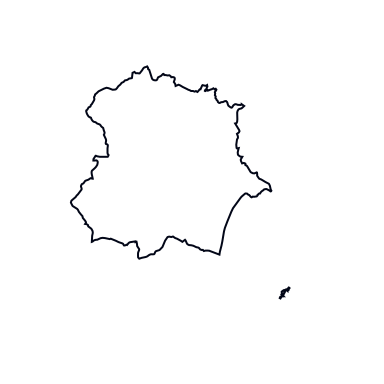 Cam Lam, Khánh Hòa, Vietnam (Albers equal-area conic projection), rotated 37°
{"feature_id": "81297802B15274858883665", "entity_name": "Cam Lam", "entity_type": "district", "adm_level": 2, "iso_a3": "VNM", "parent_name": "Vietnam", "parent_adm1": "Khánh Hòa", "projection": "albers", "projection_center": [109.135, 12.074], "detail": "fine", "context": "isolated", "style": "outline", "palette": "ink", "viewbox_px": 384, "rotation_deg": 37, "n_neighbors": 0, "source": "geoboundaries", "source_scale": "gbopen_adm2", "svg_char_len": 5996}
<svg xmlns="http://www.w3.org/2000/svg" viewBox="0 0 384 384"><g transform="rotate(37 192 192)"><path d="M254.6,143.2L253.3,142.6L250.5,140.2L248.8,139.3L248.3,139.2L244.8,139.8L240.8,140.2L239.4,140.4L238.2,140.8L237.5,140.9L234.5,139.9L233.9,139.4L233.3,138.5L232.2,137.4L231.9,137.4L230.6,139.6L229.3,140.4L227.8,140.7L227.0,140.8L226.3,140.6L220.5,138.2L219.6,138.1L218.5,138.4L218.2,138.2L217.8,137.4L217.5,137.2L215.9,137.6L214.8,139.0L212.5,137.8L211.7,137.1L211.4,136.7L211.0,133.6L209.4,134.6L208.2,134.7L206.8,134.7L206.1,134.4L204.7,132.9L203.7,130.8L202.9,128.8L201.8,130.1L201.1,130.0L198.9,127.6L196.3,122.9L196.2,121.5L195.9,120.8L195.0,119.8L192.9,118.5L193.6,116.2L193.3,114.8L192.2,114.1L185.2,111.3L186.0,110.3L186.1,109.9L185.7,108.6L184.5,106.7L180.3,101.4L179.7,100.1L179.5,99.0L179.5,98.0L179.8,97.2L181.1,95.6L181.4,94.7L181.9,91.9L178.7,92.0L179.0,92.5L178.2,93.5L177.4,93.9L176.2,94.8L174.6,95.3L173.6,95.9L173.0,97.4L172.9,98.1L173.1,100.2L172.9,100.8L172.5,101.0L171.5,101.2L169.3,101.2L168.2,100.7L166.5,99.4L165.7,99.0L164.4,98.9L163.4,99.9L162.6,101.5L161.2,102.8L160.6,104.2L159.8,104.6L158.5,104.5L157.4,103.7L156.3,103.7L155.4,103.1L154.4,103.0L154.0,102.6L153.4,101.4L152.0,100.9L151.2,99.3L150.3,98.7L150.1,98.4L150.1,96.5L149.9,95.6L148.8,95.3L148.3,96.4L146.7,96.3L145.9,98.1L145.1,99.1L144.0,101.1L143.6,101.5L143.1,101.1L142.8,101.2L142.5,101.6L142.0,103.3L141.8,103.5L141.4,103.5L141.2,103.0L141.2,102.2L141.5,101.0L141.5,100.6L140.9,99.5L140.9,98.6L139.7,97.5L139.4,98.3L138.8,99.1L137.1,99.9L136.2,100.2L136.0,100.8L137.0,104.9L136.4,105.3L136.2,108.6L136.1,108.9L134.4,109.0L134.2,109.5L133.6,110.3L132.1,110.7L130.5,111.9L128.9,112.1L127.4,112.6L126.5,112.7L121.3,113.7L118.3,114.0L116.7,114.4L115.1,117.2L113.8,116.0L113.0,115.6L111.3,115.1L110.4,112.4L110.0,111.8L109.4,111.3L109.0,111.2L107.5,111.7L106.9,112.4L106.4,112.8L105.4,112.4L103.7,112.4L102.4,113.6L100.7,114.4L99.5,115.3L98.9,115.0L98.2,114.8L97.8,115.2L97.7,115.8L97.4,117.9L95.9,120.9L96.5,123.2L96.4,123.8L96.2,124.3L95.5,124.9L94.5,125.5L93.3,125.8L92.4,125.7L91.7,125.4L84.2,120.1L83.2,120.3L82.8,120.1L82.0,119.2L80.6,118.7L80.0,119.9L79.1,121.0L78.8,121.8L78.7,122.7L78.9,125.0L78.8,128.7L78.5,129.1L77.1,129.8L75.5,131.0L73.8,130.7L72.8,132.6L75.4,137.0L75.4,137.3L73.5,139.3L73.0,141.0L72.5,141.9L71.3,143.2L71.1,145.3L70.1,147.2L70.1,149.3L69.5,151.9L69.6,154.4L69.4,155.8L69.0,156.4L67.1,158.1L62.9,159.3L61.0,160.2L59.5,162.4L56.8,167.8L56.3,170.9L55.9,172.4L56.4,173.5L56.6,175.0L56.8,175.4L58.1,176.5L58.6,177.7L59.1,182.0L58.9,183.6L59.4,184.7L59.3,185.3L58.5,186.6L58.8,188.8L58.7,190.1L58.5,190.5L58.9,191.2L60.6,192.5L61.7,193.1L63.8,193.9L65.4,193.9L66.0,193.5L66.6,193.5L68.0,194.4L69.0,194.8L70.4,195.1L71.4,195.0L73.0,194.3L75.0,194.4L77.6,193.6L78.6,193.7L80.0,194.2L80.9,194.3L82.5,194.3L84.4,195.8L86.3,197.0L87.0,198.2L87.2,199.4L91.2,201.5L92.1,202.2L92.5,202.7L93.7,205.0L94.3,205.4L95.6,205.0L96.5,205.2L97.0,205.8L98.2,207.9L100.9,211.5L101.7,212.3L103.0,212.6L103.3,213.0L103.5,214.6L103.3,214.8L97.3,219.3L94.7,220.6L93.4,220.9L93.2,221.1L93.5,225.0L94.3,226.2L95.5,225.3L96.3,224.5L96.8,224.2L98.0,224.3L98.7,224.8L99.3,225.8L100.0,227.3L100.2,229.6L100.0,231.6L99.3,235.1L99.4,235.6L99.8,236.5L100.9,237.8L104.7,241.1L104.2,241.5L103.5,241.5L102.9,241.8L102.4,242.8L101.9,244.4L100.2,247.0L100.0,247.6L100.1,249.9L100.0,250.7L99.4,251.7L99.3,252.4L99.7,254.0L100.1,254.5L101.7,255.6L102.3,256.5L102.3,261.2L102.3,262.7L102.0,264.2L102.1,266.1L101.0,271.1L101.0,271.8L101.7,273.4L104.8,274.9L105.2,275.0L110.6,274.6L111.9,275.0L113.5,275.9L116.9,276.8L119.0,277.2L120.4,278.4L123.7,279.2L125.1,279.7L125.8,280.3L125.9,281.8L127.3,281.1L128.6,281.0L129.0,281.1L129.5,281.7L129.9,281.9L133.0,281.9L133.9,282.0L134.8,282.4L135.9,282.9L137.0,283.9L137.6,284.8L138.6,287.0L142.0,292.1L142.4,291.5L142.9,289.5L144.0,288.0L145.0,287.2L146.8,283.9L148.2,282.4L150.4,281.1L154.7,279.1L155.2,278.2L160.4,276.8L163.5,276.2L167.5,274.9L168.2,274.9L169.7,275.6L170.0,275.6L171.0,274.5L171.4,273.5L172.0,273.4L172.1,270.9L172.4,269.9L173.0,269.1L176.5,265.5L177.0,266.1L177.7,265.2L179.0,266.3L180.8,268.2L184.1,269.4L184.5,269.8L184.8,270.5L185.3,272.4L185.7,273.3L187.4,275.6L188.4,276.7L190.0,277.0L191.4,274.9L194.2,271.7L195.1,270.2L195.5,268.6L196.3,266.9L197.0,266.2L198.4,265.2L199.1,264.5L199.2,263.8L198.8,262.4L198.7,261.6L198.9,260.8L200.8,258.2L201.0,257.7L201.5,253.7L199.8,247.0L199.6,242.7L200.6,241.4L202.6,240.4L203.6,239.0L206.3,238.9L208.2,238.3L212.3,237.7L214.3,237.6L215.2,234.4L216.1,234.6L219.1,236.3L220.2,236.4L221.5,236.2L223.6,234.9L225.5,234.1L228.6,233.5L230.5,232.6L231.2,232.5L232.9,232.9L234.4,232.6L235.5,231.7L237.0,232.0L238.1,230.6L240.9,228.6L251.6,225.5L250.2,222.9L247.9,217.3L246.0,213.3L241.2,204.1L239.9,200.9L238.0,194.4L235.3,184.2L234.5,180.2L234.3,167.2L234.4,165.8L235.0,163.0L235.4,161.3L235.8,160.8L237.1,160.1L238.4,160.3L239.6,160.0L241.9,160.5L242.8,160.4L243.0,160.1L243.3,159.1L244.4,158.5L246.3,156.6L246.4,155.3L246.1,155.0L246.4,154.0L246.3,153.3L246.8,152.5L247.2,152.3L247.1,150.2L247.5,148.6L247.9,147.7L247.9,146.9L248.2,146.3L249.4,145.0L250.2,144.7L253.2,144.2L254.3,144.3L254.7,143.8L254.6,143.2ZM327.0,212.2L326.8,212.0L326.6,212.4L325.8,213.0L325.1,214.4L324.3,215.2L323.6,217.6L324.2,218.3L324.5,218.5L324.6,218.9L325.3,219.6L325.5,220.5L326.0,220.8L326.7,221.0L327.4,220.8L327.4,220.4L327.7,220.2L326.9,220.1L326.4,219.8L325.6,219.8L325.8,219.5L326.5,219.5L326.8,218.9L326.6,218.8L326.6,217.7L326.2,217.7L326.5,217.2L326.2,216.6L326.3,216.4L326.1,216.3L326.2,215.9L326.1,215.4L325.5,215.5L325.7,215.0L325.5,214.6L325.6,214.4L326.1,214.0L327.2,213.6L327.6,213.6L327.3,213.3L327.8,213.0L327.9,212.7L327.7,212.6L328.1,212.4L328.1,212.1L327.6,212.0L327.0,212.2ZM327.1,211.6L327.6,211.1L327.8,210.2L327.7,210.0L327.4,209.9L326.7,210.1L326.7,211.2L327.1,211.6ZM326.5,222.3L326.0,222.4L325.6,222.7L325.9,223.9L326.7,223.8L326.6,222.7L326.5,222.3Z" fill="none" stroke="#020617" stroke-width="2"/></g></svg>